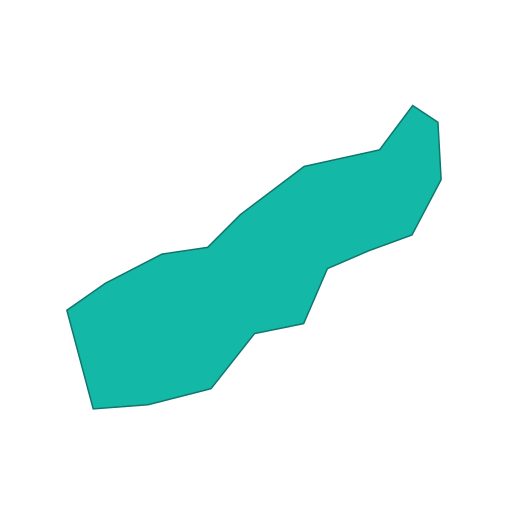 the Metropolitan Borough of Manchester, rotated 225°
{"feature_id": "GBR-5684", "entity_name": "Manchester", "entity_type": "Metropolitan Borough", "adm_level": 1, "iso_a3": "GBR", "parent_name": "United Kingdom", "parent_adm1": "", "projection": "orthographic", "projection_center": [-2.269, 53.446], "detail": "fine", "context": "isolated", "style": "filled", "palette": "teal", "viewbox_px": 512, "rotation_deg": 225, "n_neighbors": 0, "source": "natural_earth", "source_scale": "10m", "svg_char_len": 396}
<svg xmlns="http://www.w3.org/2000/svg" viewBox="0 0 512 512"><g transform="rotate(225 256 256)"><path d="M179.1,440.9L160.6,381.2L180.0,339.4L196.6,297.6L174.5,241.9L202.2,200.1L194.0,130.4L227.1,74.6L263.0,32.8L351.4,83.9L343.2,130.3L323.9,190.8L296.3,227.9L296.3,274.4L285.3,353.4L243.7,418.4L251.6,473.2L221.9,479.2L179.1,440.9Z" fill="#14b8a6" stroke="#0f766e" stroke-width="1.5"/></g></svg>